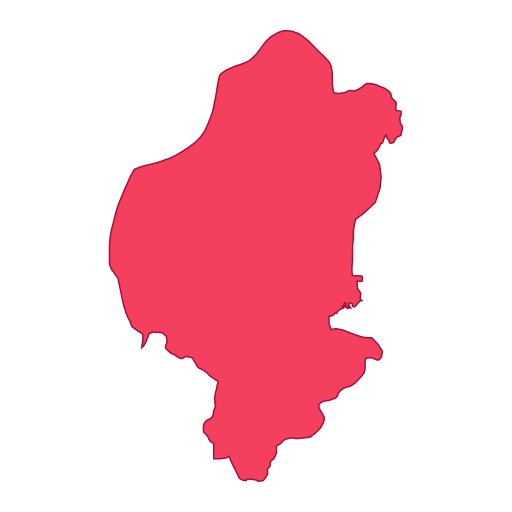 the district of Kota Samarinda, Kalimantan Timur, Indonesia
{"feature_id": "22746128B87893249930832", "entity_name": "Kota Samarinda", "entity_type": "district", "adm_level": 2, "iso_a3": "IDN", "parent_name": "Indonesia", "parent_adm1": "Kalimantan Timur", "projection": "mercator", "projection_center": [117.219, -0.51], "detail": "fine", "context": "isolated", "style": "filled", "palette": "rose", "viewbox_px": 512, "rotation_deg": 0, "n_neighbors": 0, "source": "geoboundaries", "source_scale": "gbopen_adm2", "svg_char_len": 6035}
<svg xmlns="http://www.w3.org/2000/svg" viewBox="0 0 512 512"><path d="M328.9,322.5L329.1,317.0L329.1,316.0L330.0,316.1L331.6,315.9L332.7,315.4L335.3,313.1L336.9,313.2L337.1,311.8L338.6,310.6L340.6,309.3L341.4,309.0L342.3,307.9L342.6,308.2L343.1,308.2L342.8,307.6L343.0,307.3L343.4,306.9L342.7,306.8L342.3,306.3L342.5,306.0L343.0,305.8L343.7,306.0L344.1,305.9L344.2,305.3L343.8,304.9L344.1,303.7L344.8,302.8L345.1,302.6L345.6,302.8L345.7,303.2L345.6,304.0L346.0,304.2L346.0,304.7L345.6,305.7L344.7,307.0L344.9,307.1L345.5,307.1L346.8,306.8L347.0,308.1L347.8,308.6L348.5,308.3L348.9,307.8L349.4,307.7L350.8,307.9L350.3,307.2L349.0,306.4L348.7,306.0L348.5,305.6L349.1,305.4L349.4,305.1L349.0,304.8L348.6,304.0L348.7,303.4L348.9,302.9L349.5,302.7L352.0,303.7L352.6,304.2L352.3,305.8L352.9,306.5L354.6,306.9L360.3,300.7L362.3,300.8L362.6,300.8L361.2,300.3L360.2,298.5L360.3,296.5L360.8,294.6L360.4,292.7L359.3,291.0L358.1,289.5L357.5,287.6L357.1,283.4L357.1,281.2L358.9,281.1L361.2,281.4L362.5,280.7L362.3,278.5L362.4,276.4L360.8,275.9L356.7,275.8L354.6,275.9L352.8,275.8L352.2,274.0L352.0,271.9L351.9,268.0L352.4,262.1L352.5,260.2L352.6,245.2L353.4,237.9L353.4,230.5L354.7,223.1L355.6,219.3L363.2,213.7L375.3,202.4L380.2,187.5L381.1,176.4L379.6,164.6L373.9,153.3L377.5,150.3L377.7,149.4L378.6,148.4L379.0,147.3L380.0,145.4L380.4,144.1L381.8,143.4L382.5,142.7L383.0,141.8L384.1,138.3L385.7,135.0L386.2,135.1L386.5,135.5L386.7,137.5L387.2,138.3L388.3,139.4L388.6,139.8L389.3,142.2L389.6,142.7L389.9,143.0L390.9,143.2L391.4,143.2L392.4,142.9L393.3,142.5L394.0,141.8L394.5,141.0L394.9,139.6L395.2,139.5L395.7,139.0L396.5,137.4L397.1,136.8L398.4,136.5L399.8,135.9L400.7,135.4L401.0,135.1L401.1,134.6L401.1,133.6L401.2,133.1L401.6,132.2L401.9,130.2L402.4,128.7L402.5,127.8L402.4,126.8L402.3,126.3L400.2,122.9L400.1,122.4L400.1,120.9L400.0,119.9L400.0,119.4L399.6,118.6L400.8,115.5L401.0,113.9L401.1,111.7L400.7,111.2L400.2,111.1L396.9,110.7L396.4,110.4L396.0,110.0L395.7,108.9L396.2,103.7L396.2,103.2L396.0,102.4L395.7,101.8L395.2,101.2L394.6,100.7L392.5,99.1L392.2,98.6L391.7,97.3L390.8,93.8L390.0,92.2L388.1,90.6L386.2,89.4L384.8,88.4L380.5,86.7L375.8,84.7L374.5,84.3L371.8,83.8L370.1,83.6L367.3,83.5L366.3,83.8L365.8,84.0L363.5,85.6L361.8,87.3L359.5,88.5L358.7,89.2L354.5,90.9L353.3,91.0L351.1,90.5L349.9,90.5L347.0,91.4L345.9,92.2L344.3,92.8L341.5,93.0L339.5,93.7L338.5,93.4L337.1,93.3L336.1,93.3L334.3,92.9L333.7,92.2L333.3,90.8L332.4,84.6L332.5,82.5L332.3,78.9L332.3,73.1L331.4,67.4L330.8,65.5L330.5,64.7L329.3,62.4L328.2,60.8L326.8,59.5L322.8,55.2L317.8,50.6L308.3,40.8L302.3,36.1L300.3,34.8L299.2,34.0L297.2,33.0L295.3,32.5L293.3,31.6L292.7,31.4L290.0,31.1L288.4,30.8L285.3,30.7L283.2,30.9L281.1,31.4L279.8,31.9L276.1,33.6L273.9,35.1L271.3,36.5L268.5,38.9L267.1,40.2L264.4,43.3L256.3,54.3L253.4,56.9L253.0,57.5L250.7,59.5L249.5,60.5L248.1,61.3L245.1,62.7L240.0,64.7L236.7,65.6L233.1,67.0L227.1,69.7L222.8,72.4L221.4,73.4L220.6,74.3L219.6,75.8L218.9,78.2L217.5,85.7L215.9,95.7L214.9,100.7L213.8,105.9L213.1,109.6L212.4,112.2L210.6,117.4L207.9,124.2L205.2,130.1L204.3,131.7L200.3,137.3L196.1,141.6L194.2,143.2L190.5,145.9L187.2,148.3L186.1,148.9L182.6,151.3L175.8,155.4L171.9,157.2L171.2,157.6L167.4,159.2L165.2,159.8L161.0,161.4L157.7,162.5L151.6,164.1L145.7,165.4L141.7,166.6L138.8,167.5L136.5,168.6L134.9,169.1L134.1,169.6L132.9,172.1L131.2,175.0L129.4,178.5L128.1,181.7L123.8,191.2L122.7,194.1L118.8,203.4L117.7,206.5L115.7,213.1L113.5,222.1L111.7,228.9L110.5,234.6L110.2,236.9L109.5,244.9L109.5,263.7L109.7,264.6L111.4,269.2L117.9,278.0L122.9,302.0L123.9,306.0L125.5,311.0L125.9,312.6L127.9,317.4L128.8,319.2L129.7,320.7L131.8,326.4L133.9,328.1L136.3,329.9L138.4,331.3L141.4,333.1L142.1,333.8L142.7,334.6L142.9,336.1L142.9,339.1L142.5,342.6L141.9,345.5L141.8,347.5L144.0,345.4L144.6,344.0L145.3,343.3L149.4,333.2L151.9,332.6L152.1,332.0L161.0,332.6L162.8,333.1L166.0,336.1L166.5,337.2L167.0,340.2L166.5,344.0L165.8,345.1L165.5,346.9L166.0,348.8L169.9,352.4L171.4,353.4L174.4,354.7L177.7,357.0L180.1,358.3L181.4,358.6L182.8,358.3L185.1,356.8L187.0,356.6L191.8,357.7L192.8,358.1L193.5,360.0L195.4,362.9L197.0,366.1L198.3,367.6L199.1,368.2L202.3,369.6L204.9,371.2L206.8,372.7L210.0,376.0L214.5,379.0L215.3,379.7L217.1,380.5L217.8,381.2L218.0,382.3L217.6,383.8L217.1,385.7L216.5,389.2L215.5,392.5L215.1,395.5L214.6,397.5L214.6,398.5L214.8,400.0L215.0,403.0L215.4,406.0L215.2,407.0L214.9,407.9L213.7,410.7L213.5,411.6L213.4,413.6L213.2,414.6L212.5,416.5L211.5,417.7L209.9,418.9L207.2,420.1L206.4,420.7L204.7,422.6L204.2,423.4L203.7,424.8L203.4,427.3L203.3,429.3L203.6,431.3L203.9,432.3L204.2,432.7L204.5,433.1L206.1,434.3L206.7,435.1L208.6,438.1L208.8,438.9L209.3,439.8L210.1,441.1L210.8,441.8L212.0,442.6L213.7,443.4L213.8,458.8L220.7,458.7L225.7,458.0L226.7,457.7L229.1,456.3L230.9,460.8L233.2,465.8L236.1,471.4L239.4,478.3L242.4,480.0L245.4,480.6L246.3,480.3L247.6,479.0L251.3,479.3L256.2,480.0L258.2,481.3L263.1,480.6L265.1,478.3L267.7,474.0L267.4,469.0L270.0,466.4L270.6,461.1L273.9,458.8L276.5,453.1L276.5,445.9L280.1,443.9L283.4,440.6L285.4,439.2L291.3,437.9L297.2,438.6L310.0,437.2L314.5,433.7L316.8,431.7L320.6,427.8L321.4,426.4L323.4,422.4L324.2,420.0L324.4,418.0L323.9,416.6L322.6,413.9L321.7,412.7L319.8,409.2L318.8,406.9L318.8,405.9L319.0,404.9L319.2,404.4L320.1,403.2L321.3,402.3L323.9,401.1L329.4,400.3L331.7,399.4L334.5,398.5L335.5,398.1L336.3,397.5L336.9,396.8L337.8,395.0L338.2,393.5L338.7,392.7L340.0,391.1L341.1,390.1L343.2,388.7L344.9,387.7L346.3,387.2L349.7,386.4L351.1,385.8L354.4,383.5L355.5,382.6L361.4,376.4L362.3,375.2L362.8,374.3L363.8,373.2L364.3,372.3L364.7,370.9L365.2,367.4L365.0,361.4L365.4,359.4L366.0,358.6L366.9,358.2L369.4,357.7L371.9,357.9L373.3,358.3L376.4,359.8L377.4,360.0L378.4,360.0L378.9,359.8L380.0,358.9L380.7,358.1L381.2,357.2L381.7,355.8L381.7,355.3L382.1,353.8L382.4,351.3L378.1,344.3L371.9,337.9L366.4,337.6L362.7,337.2L357.0,335.4L350.3,333.0L345.5,331.0L341.5,329.7L336.1,328.7L331.2,329.4L330.8,329.3L329.0,323.0L328.9,322.5Z" fill="#f43f5e" stroke="#9f1239" stroke-width="1.5"/></svg>